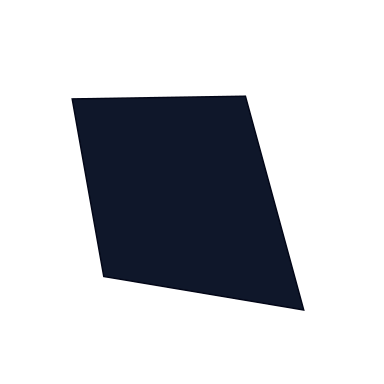 Vlahita, Harghita, Romania, rotated 18°
{"feature_id": "2599482B60669636608871", "entity_name": "Vlahita", "entity_type": "district", "adm_level": 2, "iso_a3": "ROU", "parent_name": "Romania", "parent_adm1": "Harghita", "projection": "robinson", "projection_center": [25.466, 46.352], "detail": "fine", "context": "isolated", "style": "filled", "palette": "ink", "viewbox_px": 384, "rotation_deg": 18, "n_neighbors": 0, "source": "geoboundaries", "source_scale": "gbopen_adm2", "svg_char_len": 228}
<svg xmlns="http://www.w3.org/2000/svg" viewBox="0 0 384 384"><g transform="rotate(18 192 192)"><path d="M334.7,269.7L213.2,84.4L49.3,140.5L134.2,299.6L334.7,269.7Z" fill="#0f172a" stroke="#020617" stroke-width="1.5"/></g></svg>